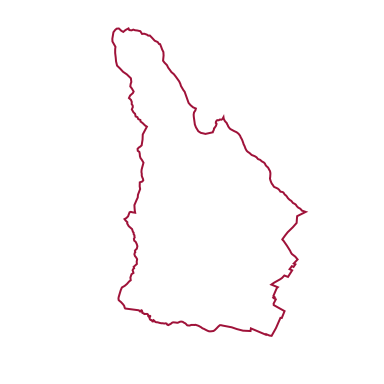 outline of Cerrillos, Salta, Argentina, rotated 199°
{"feature_id": "61730980B31698660486966", "entity_name": "Cerrillos", "entity_type": "district", "adm_level": 2, "iso_a3": "ARG", "parent_name": "Argentina", "parent_adm1": "Salta", "projection": "albers", "projection_center": [-65.403, -25.006], "detail": "fine", "context": "isolated", "style": "outline", "palette": "rose", "viewbox_px": 384, "rotation_deg": 199, "n_neighbors": 0, "source": "geoboundaries", "source_scale": "gbopen_adm2", "svg_char_len": 5909}
<svg xmlns="http://www.w3.org/2000/svg" viewBox="0 0 384 384"><g transform="rotate(199 192 192)"><path d="M293.2,327.2L296.3,326.9L298.5,326.4L300.4,326.4L301.7,325.2L304.0,324.7L305.3,326.0L307.6,323.5L309.1,321.0L311.3,321.4L314.4,322.8L316.4,321.9L317.4,320.2L318.3,317.5L317.2,310.9L316.2,308.4L311.6,304.3L311.2,302.2L309.9,298.4L308.0,294.5L306.3,290.7L304.0,287.1L300.2,285.3L296.3,283.2L291.9,282.0L286.8,279.6L285.2,276.3L285.2,274.3L284.7,271.7L282.6,270.3L279.9,268.0L280.1,266.3L281.9,263.1L282.2,260.3L279.8,259.3L278.3,257.6L277.6,255.4L276.3,254.5L275.6,253.0L275.8,250.5L273.3,248.3L271.3,247.4L269.9,245.1L268.0,245.0L266.5,243.4L264.3,243.3L263.6,241.9L261.1,241.1L258.0,239.6L255.9,239.1L257.3,230.4L255.8,225.4L254.8,219.7L255.8,217.9L256.8,216.7L257.5,215.0L256.7,213.3L254.9,212.8L254.0,211.4L252.9,208.9L251.7,207.3L249.8,206.0L247.4,203.9L247.1,199.0L246.9,196.6L246.3,194.4L245.5,193.0L244.8,191.0L243.7,189.6L242.6,188.4L241.9,187.2L242.4,185.8L244.5,184.1L243.3,180.3L242.0,177.9L242.2,171.8L241.5,169.1L241.8,166.4L242.2,160.9L241.2,158.4L240.1,155.9L239.0,153.9L241.8,153.4L243.4,153.3L244.4,152.5L244.5,149.9L244.5,148.2L245.6,146.0L247.0,144.4L245.3,143.3L243.3,142.4L243.0,141.1L240.7,139.1L236.6,137.4L234.9,135.1L234.0,134.6L233.4,133.1L232.3,132.3L232.1,131.5L231.4,130.4L231.7,128.8L230.8,127.2L229.0,126.5L227.3,124.8L226.0,123.0L225.7,120.4L226.5,119.0L226.8,117.7L226.0,116.6L226.3,115.7L226.2,114.4L225.1,112.9L223.6,112.0L222.0,110.6L221.6,108.1L220.7,106.0L222.8,102.2L221.9,101.1L222.5,100.0L222.7,98.7L221.8,97.6L221.0,96.4L222.4,94.6L222.4,91.1L221.2,88.6L222.3,87.0L223.6,83.8L225.1,81.3L227.2,78.9L227.4,76.0L227.3,72.9L227.1,68.6L226.8,67.2L226.1,65.9L224.7,65.3L223.3,64.8L220.5,63.3L219.1,62.3L217.9,60.6L217.2,60.1L204.0,62.8L203.2,62.7L202.9,62.4L202.5,62.1L202.1,62.1L201.5,62.3L201.4,62.6L201.5,63.1L201.5,63.5L201.4,63.7L201.0,63.7L200.6,63.4L200.1,62.7L199.7,61.8L199.5,61.5L199.2,61.5L198.5,61.5L198.1,61.5L197.8,61.4L197.5,61.1L197.2,61.1L196.4,61.5L195.0,62.0L194.8,62.1L194.4,62.1L193.9,61.9L193.6,61.6L193.2,61.0L193.2,60.7L192.9,60.3L192.5,60.1L192.3,60.3L191.9,61.0L191.5,61.2L191.1,61.1L191.0,60.8L191.1,60.0L191.3,59.7L191.3,59.3L191.1,58.9L190.4,58.0L189.7,57.6L189.3,57.5L189.0,57.7L188.7,57.7L188.2,57.6L187.6,57.0L187.4,56.8L186.9,56.8L186.6,57.0L186.5,57.4L186.8,58.1L186.7,58.3L186.4,58.2L185.8,58.0L184.6,57.3L184.0,57.2L183.6,57.2L183.0,57.3L182.5,57.5L182.0,57.6L179.8,57.7L178.3,57.9L177.4,58.2L177.2,58.3L175.4,58.6L174.7,58.9L174.3,59.2L173.6,59.3L173.1,59.3L172.8,59.0L172.6,58.7L172.1,58.5L171.3,58.4L170.9,58.5L170.7,58.7L170.6,59.1L170.4,59.4L169.7,59.8L168.9,60.8L168.5,61.6L168.0,62.2L167.2,62.7L165.2,63.2L164.1,63.4L163.4,63.5L162.3,64.2L162.0,64.6L161.0,65.5L159.9,66.0L159.4,66.1L158.4,66.2L157.5,65.9L155.5,65.6L154.4,65.1L153.4,64.5L152.9,64.4L150.9,64.9L150.2,65.4L149.4,66.1L146.6,67.0L146.2,67.1L146.0,67.3L145.7,67.5L144.3,67.6L142.7,67.6L141.7,67.5L139.4,67.1L138.6,66.8L137.9,66.6L137.5,66.5L136.4,66.5L133.2,66.0L131.1,65.8L130.2,65.9L128.8,66.4L126.4,67.6L125.4,69.0L124.3,71.2L123.3,73.4L122.3,75.1L121.3,75.5L119.4,75.7L110.4,77.0L105.0,77.0L98.6,77.5L91.4,79.6L91.9,82.2L75.6,81.1L75.6,81.7L72.0,81.5L69.9,81.9L68.3,90.7L67.4,101.8L66.1,102.1L65.7,109.5L77.9,111.7L78.5,113.1L77.8,117.8L80.4,118.3L80.7,118.5L79.7,119.5L81.2,120.2L80.7,127.0L80.5,128.8L79.9,129.9L86.8,130.3L85.9,131.6L84.5,133.4L80.3,138.1L78.9,140.0L77.5,143.1L73.6,143.0L71.8,150.5L74.6,150.8L73.4,154.4L71.6,154.2L70.7,157.3L72.5,157.5L70.2,162.6L73.3,164.5L77.4,165.9L78.7,166.9L80.0,168.3L84.7,172.1L89.9,175.9L90.4,176.0L91.2,176.6L89.7,181.5L88.4,185.2L85.2,191.5L83.0,196.8L84.0,200.5L84.7,203.4L78.0,210.2L82.2,210.2L82.9,210.8L84.4,211.5L85.7,211.7L86.4,211.8L88.1,212.6L88.8,213.1L89.4,213.6L90.1,214.0L92.0,214.4L92.7,214.4L93.5,214.8L94.8,215.7L95.4,216.0L96.1,216.1L97.4,216.5L99.3,217.4L100.2,218.1L100.7,218.5L101.5,219.0L102.5,219.5L103.4,219.7L104.7,220.7L105.1,221.1L105.5,221.3L106.2,221.4L106.9,221.4L108.5,221.1L109.7,222.0L110.4,222.5L111.9,223.1L114.1,223.4L114.7,223.4L116.2,223.6L118.2,225.2L118.9,225.6L120.0,226.6L121.6,228.5L122.6,230.0L122.8,230.6L122.9,231.5L123.3,232.9L123.7,234.4L124.1,235.6L124.5,236.1L124.8,236.8L125.2,237.3L126.4,238.3L126.9,238.8L127.5,239.4L128.3,240.0L130.1,240.7L131.4,241.6L132.2,242.5L132.6,242.8L133.4,243.2L134.2,243.4L136.0,243.7L137.8,244.5L138.3,244.6L140.0,244.6L140.7,244.8L142.0,245.7L143.0,246.0L143.9,246.2L144.5,246.3L146.4,246.4L147.3,246.4L148.0,246.6L149.0,247.0L149.5,247.3L151.0,247.8L152.2,248.1L153.4,248.6L154.1,249.1L155.3,250.2L156.0,250.9L156.3,251.5L156.9,252.0L157.4,252.7L158.8,254.0L159.1,254.5L161.3,257.3L162.8,258.8L163.6,259.4L164.7,260.7L165.2,261.1L166.9,262.2L168.8,262.9L169.7,263.1L171.9,263.3L176.1,264.0L176.9,264.3L178.7,265.5L179.3,266.0L179.8,266.7L180.7,267.4L181.5,268.4L182.8,269.1L184.0,269.8L184.5,270.2L186.0,271.8L186.6,273.0L187.0,270.8L187.4,270.3L187.7,270.0L188.0,269.8L188.4,269.8L189.0,269.7L189.3,269.6L189.4,269.4L189.6,269.2L189.9,268.7L190.2,268.5L190.6,268.3L191.4,268.2L191.9,267.7L192.2,266.4L192.2,266.0L192.1,265.5L191.9,264.9L191.7,264.8L191.3,264.8L191.1,264.7L191.0,264.4L190.9,264.0L190.9,263.1L190.9,262.3L191.1,261.5L191.3,260.9L191.4,260.3L191.5,259.9L191.9,259.4L191.9,259.1L191.6,258.2L191.7,256.8L191.9,256.0L191.9,255.6L191.8,255.2L198.2,251.3L200.4,251.1L202.9,250.8L205.8,251.5L209.3,254.4L211.3,256.8L212.4,259.0L214.7,263.5L215.6,265.6L216.0,267.9L215.4,270.2L215.5,272.2L218.5,272.4L221.6,273.6L224.2,275.1L231.6,284.4L233.4,285.6L237.0,288.7L238.2,290.4L240.1,292.4L244.9,295.8L247.5,297.5L250.6,298.7L252.2,299.9L255.0,301.8L257.0,303.8L260.2,305.4L262.1,306.7L263.3,311.8L264.6,315.0L266.7,317.1L268.4,319.2L270.3,321.4L271.3,321.2L273.3,322.6L276.5,322.9L280.0,324.8L282.8,326.2L284.3,325.6L285.8,326.1L288.7,326.1L290.7,325.2L293.2,327.2Z" fill="none" stroke="#9f1239" stroke-width="2"/></g></svg>